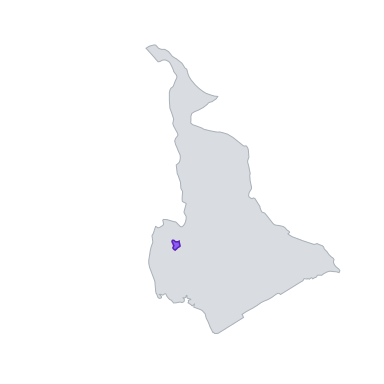 Ngo-ketunjia, Nord-Ouest, Cameroon shown in context, rotated 328°
{"feature_id": "32672807B14234433619225", "entity_name": "Ngo-ketunjia", "entity_type": "district", "adm_level": 2, "iso_a3": "CMR", "parent_name": "Cameroon", "parent_adm1": "Nord-Ouest", "projection": "natural_earth1", "projection_center": [10.486, 5.994], "detail": "fine", "context": "in_parent", "style": "filled", "palette": "violet", "viewbox_px": 384, "rotation_deg": 328, "n_neighbors": 0, "source": "geoboundaries", "source_scale": "gbopen_adm2", "svg_char_len": 4333}
<svg xmlns="http://www.w3.org/2000/svg" viewBox="0 0 384 384"><g transform="rotate(328 192 192)"><path d="M107.8,259.3L108.4,257.3L113.2,248.0L116.2,233.0L117.6,229.5L119.0,227.2L125.9,219.2L128.5,216.7L132.2,213.8L134.9,207.9L135.8,207.3L137.0,206.8L142.9,201.9L143.5,202.8L143.9,204.0L144.3,204.5L146.2,204.9L148.9,204.9L150.4,204.6L151.2,203.5L152.1,200.8L152.5,200.3L153.2,200.1L156.1,202.1L160.9,207.5L162.1,208.5L162.6,209.5L163.6,214.4L164.2,215.7L165.3,216.2L167.1,215.9L169.1,215.0L170.8,213.7L172.4,212.1L173.6,210.6L174.1,209.5L174.3,205.5L174.7,204.6L180.9,198.8L180.8,198.2L179.7,196.6L178.8,194.8L179.8,192.9L180.7,191.5L184.3,186.6L184.5,183.1L187.4,177.6L189.1,170.3L189.1,168.9L192.9,160.8L196.8,160.1L198.3,159.0L200.1,157.0L201.2,155.1L201.7,153.4L202.1,149.9L202.8,146.1L203.3,142.7L204.4,139.5L206.4,137.9L209.9,136.6L210.4,136.0L210.9,133.9L211.3,126.9L211.9,123.9L215.1,120.4L216.5,114.9L217.7,109.2L221.3,102.4L225.6,95.5L227.5,93.7L229.2,92.8L231.1,92.7L232.4,92.2L236.9,88.8L238.8,87.6L240.2,86.5L240.6,85.4L240.7,83.9L240.3,80.4L241.0,77.8L241.5,73.8L241.7,70.6L241.5,69.5L240.6,67.7L239.3,65.8L237.0,64.6L233.8,64.3L232.2,63.6L231.6,60.0L231.3,57.7L229.2,45.7L233.1,45.7L237.9,47.2L239.1,48.3L239.8,52.4L241.5,54.7L244.5,56.6L246.5,60.5L247.2,66.5L248.9,70.1L249.3,70.6L251.7,77.4L251.8,80.5L251.6,82.6L252.6,85.2L251.2,89.6L250.7,92.4L250.6,96.2L251.5,102.9L252.9,108.1L254.5,112.3L256.1,115.6L258.9,119.2L261.8,122.5L264.5,124.6L262.0,125.8L257.1,126.0L254.3,125.3L253.0,125.2L251.7,125.7L246.5,126.3L241.2,126.0L236.3,125.2L233.4,125.3L231.1,127.3L229.3,130.3L227.5,132.7L228.2,135.3L229.5,136.8L232.0,140.0L234.3,143.1L235.4,145.2L239.9,149.8L244.3,153.9L246.3,155.3L247.1,155.6L249.5,158.0L252.8,161.8L255.8,167.8L260.0,179.9L261.0,180.9L262.4,181.6L262.6,182.8L262.5,184.7L262.0,186.3L258.7,192.6L255.7,195.0L254.9,196.5L253.8,200.1L251.1,207.3L249.9,208.3L247.3,213.2L245.1,219.3L244.6,220.2L243.7,221.0L240.6,222.5L239.6,223.3L238.0,225.2L237.8,226.4L238.5,228.2L239.4,229.5L241.0,229.6L241.9,230.9L241.9,240.4L241.2,241.8L241.2,242.4L240.8,244.1L240.7,245.9L241.0,246.6L241.6,247.2L242.5,248.5L242.9,251.4L244.0,261.6L244.5,263.3L245.4,264.4L248.1,266.6L251.0,269.5L251.9,271.4L252.4,274.5L253.5,276.9L253.5,277.8L253.0,278.1L251.2,278.3L251.8,280.1L253.3,283.1L260.6,292.6L267.7,301.1L269.3,301.7L270.5,301.9L271.1,302.4L271.7,303.6L274.1,306.7L274.5,308.5L274.0,310.2L274.5,312.8L274.9,313.8L274.8,314.6L275.0,317.8L275.7,320.7L276.7,323.1L276.6,324.7L275.2,325.7L274.5,327.2L274.2,329.4L274.6,332.1L275.7,335.2L275.7,337.1L274.0,338.3L272.1,336.1L270.1,334.7L267.0,332.2L263.8,331.3L259.8,331.1L258.0,331.4L255.0,329.4L254.1,329.1L252.7,329.9L251.8,330.0L250.7,329.6L248.4,329.7L248.1,328.2L247.8,327.9L245.3,328.1L244.5,326.8L244.2,327.0L243.2,326.6L241.2,324.9L239.1,326.0L234.7,325.9L212.7,325.8L212.2,324.2L211.1,323.4L209.1,323.3L203.3,323.7L198.8,323.4L195.8,322.8L192.1,322.4L187.4,322.7L182.7,322.7L174.3,322.2L169.6,322.3L169.7,323.3L169.4,324.0L169.2,325.7L139.3,325.7L136.9,324.5L136.1,323.8L135.9,322.3L135.3,322.2L135.8,316.2L136.8,311.1L137.2,306.5L138.6,302.3L137.9,298.2L137.0,296.4L132.5,290.6L134.6,288.4L131.8,288.7L131.2,286.5L129.9,283.9L130.7,283.5L131.5,282.0L134.0,282.5L133.9,281.8L131.8,279.6L132.0,278.5L132.9,277.3L132.4,276.7L130.9,278.0L129.8,278.0L128.9,277.2L128.3,277.0L128.7,278.7L127.8,280.2L127.0,280.7L125.6,280.6L124.5,280.2L124.2,279.4L123.1,278.8L120.1,277.7L117.6,276.4L117.1,272.8L116.1,271.3L115.7,269.5L115.5,267.5L115.8,264.5L115.2,264.0L114.4,263.9L113.3,264.0L112.3,263.8L111.1,262.1L110.1,261.5L110.7,264.6L110.0,265.5L108.2,265.2L107.4,264.0L107.3,263.2L108.1,259.4L107.8,259.3Z" fill="#d9dde1" stroke="#a8b0b8" stroke-width="1"/><path d="M148.9,223.2L148.6,224.0L148.5,224.9L148.7,225.4L148.4,226.1L148.1,226.8L148.2,227.5L148.2,228.0L147.9,228.1L146.8,228.8L146.2,229.2L146.1,229.9L146.3,230.8L146.3,231.2L146.9,232.4L147.2,232.3L148.1,232.1L148.3,232.2L148.8,232.1L149.8,231.8L150.5,231.7L151.5,231.7L152.3,231.7L153.0,231.7L153.5,231.0L153.5,230.9L153.8,230.1L154.2,228.9L154.5,227.9L154.6,227.7L155.0,226.9L154.8,226.9L154.7,226.9L153.3,226.6L153.2,226.4L153.0,226.2L152.0,225.9L151.4,224.8L151.4,224.7L151.2,224.1L151.0,223.4L150.2,222.7L149.6,222.7L149.3,222.9L148.9,223.2Z" fill="#8b5cf6" stroke="#5b21b6" stroke-width="1.5"/></g></svg>